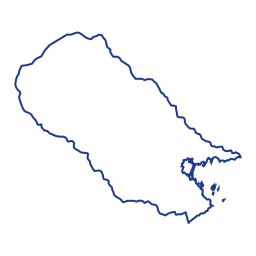 Breiðdalshreppur, Austurland, Iceland (Albers equal-area conic projection)
{"feature_id": "244011B15837177030035", "entity_name": "Breiðdalshreppur", "entity_type": "district", "adm_level": 2, "iso_a3": "ISL", "parent_name": "Iceland", "parent_adm1": "Austurland", "projection": "albers", "projection_center": [-14.121, 64.837], "detail": "fine", "context": "isolated", "style": "outline", "palette": "blue", "viewbox_px": 256, "rotation_deg": 0, "n_neighbors": 0, "source": "geoboundaries", "source_scale": "gbopen_adm2", "svg_char_len": 5962}
<svg xmlns="http://www.w3.org/2000/svg" viewBox="0 0 256 256"><path d="M74.7,33.2L70.9,34.7L67.2,34.6L66.3,35.0L49.6,45.1L45.0,50.2L41.3,56.3L36.5,58.6L34.4,60.4L32.4,63.2L31.8,63.8L26.0,65.3L21.6,65.8L19.3,70.8L18.6,74.2L17.1,76.3L16.0,79.7L15.5,83.2L15.4,85.2L16.3,87.7L18.0,90.1L20.0,91.9L20.2,92.7L20.3,93.4L19.2,96.5L19.2,97.9L20.8,103.3L22.2,106.8L22.9,108.5L24.5,111.0L25.4,111.6L29.3,113.1L31.5,114.7L32.2,116.3L35.7,120.4L37.0,122.8L37.4,124.1L37.8,124.5L38.9,124.8L41.4,124.4L41.5,124.5L41.3,125.9L41.8,127.5L44.2,130.4L47.2,130.9L49.6,133.3L56.2,136.1L59.5,136.6L63.2,136.7L65.2,137.4L66.5,138.4L67.1,140.4L67.6,141.1L68.3,141.6L71.9,141.0L72.6,141.2L74.2,143.3L74.2,143.8L73.9,144.3L73.8,146.8L74.0,147.5L74.7,148.4L81.3,152.5L87.2,153.2L87.9,153.7L88.1,154.0L87.6,156.5L87.6,157.8L88.1,159.2L89.8,161.3L90.0,163.0L90.3,164.0L92.6,168.4L94.5,171.0L98.5,170.5L100.7,171.0L101.6,172.0L102.8,174.9L103.4,178.2L103.8,179.0L104.4,179.4L107.0,179.7L108.5,180.8L108.7,181.1L108.5,182.8L108.6,183.5L109.2,184.4L112.0,187.6L112.1,187.9L112.1,189.7L113.0,191.0L114.1,194.8L116.3,196.8L120.3,199.1L122.7,201.8L123.6,202.2L127.8,200.8L133.9,200.8L136.5,201.6L139.4,200.6L141.5,200.8L143.1,201.4L144.5,202.9L147.9,201.3L148.4,201.4L151.8,204.2L155.6,205.0L156.7,205.9L157.4,207.1L158.4,211.1L159.8,213.4L165.5,215.4L167.9,213.7L171.2,212.5L173.6,212.0L174.7,211.9L175.7,214.3L176.2,214.8L178.4,214.2L180.7,214.4L185.6,212.4L188.7,223.5L189.1,221.7L191.3,220.6L192.6,219.1L194.0,218.5L194.8,217.5L195.7,217.1L197.1,215.6L199.2,215.4L200.2,214.0L201.0,213.4L203.3,213.4L204.6,212.8L206.1,211.1L207.4,210.9L208.4,208.4L210.6,207.3L210.9,205.7L210.7,205.4L211.6,204.0L210.7,204.8L210.2,203.9L210.4,203.2L210.3,202.6L210.6,201.0L210.2,200.5L210.1,199.9L208.7,199.2L207.6,199.6L207.0,199.3L203.7,196.4L203.3,195.4L202.8,195.5L202.4,195.1L202.3,194.2L202.7,191.9L202.7,189.6L202.2,189.8L200.7,188.8L200.3,188.3L200.3,186.6L198.4,186.2L198.2,185.7L198.4,184.9L198.3,184.5L198.7,183.7L198.6,183.4L198.3,183.9L197.7,184.3L196.7,184.0L196.1,183.3L195.8,181.0L195.8,180.4L195.0,180.7L194.4,180.1L194.9,178.9L194.5,179.0L194.3,179.6L191.8,178.7L191.3,179.2L191.6,179.3L191.6,179.6L190.1,179.8L189.5,177.5L189.7,177.0L189.0,177.8L189.8,175.3L190.1,174.8L189.6,174.7L189.7,174.8L189.4,175.8L187.4,175.6L187.1,175.3L186.8,174.4L185.8,174.0L184.3,172.5L183.1,173.0L182.8,172.9L182.5,171.8L182.2,171.5L182.1,170.6L183.5,167.3L181.7,166.4L182.4,165.9L182.5,165.6L181.8,164.0L182.0,163.5L182.9,163.3L183.4,162.8L183.4,162.4L183.8,162.0L183.7,161.5L183.8,161.3L183.4,160.8L183.6,160.2L185.4,159.8L186.4,160.2L187.3,158.6L187.7,158.4L188.3,158.4L188.7,159.3L189.0,159.0L189.8,159.0L190.7,160.1L191.5,159.7L191.5,159.0L191.7,158.7L192.5,158.7L192.6,159.1L192.2,159.9L191.9,162.1L192.5,162.2L192.6,162.5L189.0,161.4L188.9,161.9L192.7,163.2L192.7,163.9L193.5,163.5L194.8,163.9L193.3,166.3L190.1,174.0L189.9,173.9L190.1,174.1L190.4,174.1L191.7,170.4L193.0,167.7L193.1,167.8L192.0,171.4L192.0,172.4L192.2,172.9L191.7,173.6L191.7,174.5L192.5,177.8L192.8,177.4L192.6,175.6L192.7,172.0L194.3,166.9L195.5,164.8L196.3,164.1L198.3,163.6L198.4,165.0L198.7,164.9L198.7,164.2L199.0,164.1L200.3,164.5L201.2,162.9L202.4,161.9L203.2,161.7L204.3,162.5L204.0,163.8L204.1,164.4L203.7,165.1L203.3,165.0L203.7,165.2L203.6,165.6L203.0,165.5L203.0,165.1L202.9,165.1L202.8,165.6L203.6,165.7L203.5,166.3L203.0,166.5L203.4,166.4L204.8,164.9L204.9,164.6L204.7,163.9L206.4,162.5L206.6,161.3L206.8,160.9L207.1,159.9L207.4,159.5L207.8,158.6L208.4,157.9L209.0,158.1L209.0,158.8L210.8,159.4L210.7,160.9L210.9,160.7L211.0,160.2L211.7,160.4L211.4,161.7L211.5,162.3L212.4,159.9L212.5,159.2L212.2,158.6L212.3,158.5L214.5,157.1L216.0,157.2L218.4,158.8L218.6,159.0L218.6,159.5L219.1,159.9L219.7,161.7L220.0,161.5L219.9,161.1L220.1,160.8L222.9,160.5L224.4,160.9L224.5,161.7L227.6,160.1L228.3,160.5L228.9,159.9L229.9,159.6L230.5,159.0L232.2,158.9L234.6,159.7L235.0,159.6L236.0,158.2L237.8,157.0L238.9,157.0L240.0,157.5L240.6,157.0L239.5,154.7L238.9,153.9L236.0,152.4L235.4,152.3L234.8,153.0L232.5,153.1L232.2,152.8L231.3,150.7L231.0,150.4L227.6,151.2L225.0,150.8L223.3,149.5L222.2,146.8L222.0,146.7L218.9,146.8L216.7,147.5L214.8,146.5L211.8,146.1L210.7,144.6L210.7,143.7L210.4,142.5L208.7,141.7L205.8,141.1L202.1,138.9L201.3,137.6L200.6,135.5L199.8,134.3L196.0,133.1L195.2,131.0L193.9,128.8L190.8,128.6L189.4,128.1L185.7,124.1L185.2,122.8L184.5,118.8L184.3,118.3L182.6,117.4L178.8,117.2L177.6,116.5L177.3,116.1L176.6,111.5L176.0,109.2L175.9,108.3L176.1,106.9L176.0,106.4L174.3,105.7L171.3,105.5L168.0,100.5L167.5,99.3L167.4,97.9L167.1,97.5L165.0,96.5L163.1,93.6L161.5,92.9L160.2,90.7L159.4,88.8L156.1,83.1L154.2,81.7L152.1,79.4L147.5,79.1L144.8,80.1L141.9,78.8L135.6,78.8L132.8,75.4L131.6,73.4L130.4,69.6L130.3,68.2L129.9,67.4L128.2,65.3L121.3,60.8L120.3,59.0L118.2,57.0L117.2,56.7L114.0,56.8L112.8,56.2L110.2,52.0L110.1,51.5L110.5,50.3L110.4,49.7L107.5,47.3L106.9,46.2L105.8,41.3L105.3,40.0L103.2,37.6L101.7,35.1L98.6,34.7L97.2,35.8L93.1,37.1L92.3,37.8L91.6,38.9L90.4,39.2L87.2,38.2L84.7,36.8L81.8,34.4L79.0,32.8L77.6,32.5L74.7,33.2ZM202.2,186.7L203.3,185.5L202.6,184.1L202.2,184.3L201.8,185.2L201.9,185.4L201.7,186.0L202.2,186.1L202.2,186.7ZM213.3,186.3L213.6,185.3L212.3,186.4L212.1,186.8L212.4,186.7L212.4,187.0L212.1,187.7L213.2,187.2L213.4,186.8L213.3,186.3ZM213.9,189.7L214.8,187.8L214.7,187.7L215.2,185.8L214.8,186.1L214.7,186.9L214.0,187.7L214.3,188.6L213.7,189.6L213.9,189.7ZM201.2,184.3L201.7,183.5L201.8,182.7L201.6,182.3L201.3,182.8L201.5,183.1L200.7,184.0L200.9,184.4L201.2,184.3ZM213.1,194.5L213.4,193.6L213.6,192.5L213.3,192.5L212.8,193.4L212.8,194.3L213.1,194.5ZM223.1,201.1L223.6,200.3L224.1,199.7L223.1,199.9L222.8,200.9L223.1,201.1ZM212.8,188.2L212.6,187.9L212.5,188.2L212.0,188.2L212.0,188.7L212.3,188.7L212.2,189.2L212.3,189.4L212.8,188.2ZM217.9,190.1L218.6,188.9L218.6,188.5L217.8,189.9L217.9,190.1ZM212.6,206.7L213.4,205.4L213.0,205.7L212.6,206.7Z" fill="none" stroke="#1e3a8a" stroke-width="2"/></svg>